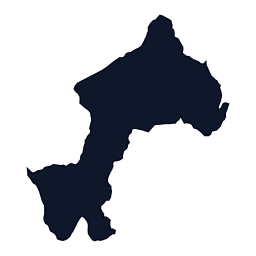 the district of Gália, São Paulo, Brazil
{"feature_id": "56859067B22371947902737", "entity_name": "Gália", "entity_type": "district", "adm_level": 2, "iso_a3": "BRA", "parent_name": "Brazil", "parent_adm1": "São Paulo", "projection": "natural_earth1", "projection_center": [-49.584, -22.325], "detail": "fine", "context": "isolated", "style": "filled", "palette": "ink", "viewbox_px": 256, "rotation_deg": 0, "n_neighbors": 0, "source": "geoboundaries", "source_scale": "gbopen_adm2", "svg_char_len": 3091}
<svg xmlns="http://www.w3.org/2000/svg" viewBox="0 0 256 256"><path d="M44.1,217.5L44.3,220.6L45.7,223.2L48.3,224.9L49.4,227.2L50.6,230.8L53.5,232.4L55.3,233.9L56.8,236.1L57.6,238.7L59.9,239.6L62.8,240.3L65.4,239.5L67.4,238.3L69.8,236.1L71.1,233.2L72.5,231.4L74.3,227.9L75.8,224.8L77.0,222.2L78.3,220.2L79.6,217.9L82.0,215.7L84.8,217.8L87.8,221.9L88.6,225.4L88.3,230.6L88.6,233.6L90.9,237.4L92.6,239.7L94.9,240.6L97.5,239.6L100.4,240.2L103.5,239.3L106.6,238.2L108.3,236.6L110.4,235.0L112.4,233.6L114.5,233.5L115.2,230.7L113.2,229.3L110.7,229.1L109.7,226.1L109.5,222.7L110.1,220.3L108.6,218.9L106.2,217.3L103.3,216.9L103.5,214.1L101.7,211.6L100.5,208.9L100.4,205.9L102.3,204.3L104.3,202.2L106.2,199.9L108.7,200.1L110.3,197.3L110.8,194.1L111.3,191.3L110.8,188.9L110.7,186.5L108.7,184.2L107.3,181.9L107.3,178.8L108.3,175.9L110.0,172.0L111.5,169.5L112.9,165.9L112.3,163.5L113.5,161.1L115.7,160.7L119.5,159.9L122.4,158.0L122.3,155.4L123.5,150.7L125.8,149.0L127.1,147.3L127.3,144.8L129.2,142.5L127.5,138.9L128.3,135.1L131.1,132.3L131.9,128.5L135.9,128.2L137.9,128.8L141.2,129.4L143.7,130.1L145.5,130.8L148.2,131.6L154.5,124.5L156.9,124.2L161.7,123.9L165.1,123.4L169.0,123.5L172.0,123.1L175.4,122.9L176.7,120.8L178.4,119.8L180.8,116.1L184.4,122.9L186.8,122.5L190.6,123.2L192.4,124.8L193.9,127.7L197.3,128.8L201.0,131.7L204.8,135.5L208.5,135.5L210.5,134.1L211.5,131.0L213.5,130.5L216.4,129.9L218.6,127.7L220.1,126.0L221.3,123.1L222.5,120.6L224.1,119.5L225.4,116.5L225.2,113.2L226.1,111.0L227.2,107.8L228.5,103.9L225.4,103.0L223.2,103.9L221.1,108.4L217.8,110.0L218.2,106.2L219.8,102.4L220.9,98.1L221.3,95.6L220.7,91.6L219.4,87.7L220.0,85.2L218.0,83.5L216.9,81.1L215.1,79.9L213.0,77.9L211.0,76.0L209.5,72.9L208.1,69.8L207.2,67.7L206.0,65.4L205.8,61.8L203.6,64.3L200.6,63.8L198.1,61.7L195.9,60.9L193.1,59.8L190.6,58.1L188.9,56.6L186.9,56.7L184.3,54.9L182.0,53.2L182.7,49.8L182.5,46.9L181.2,44.6L179.7,42.2L177.9,38.8L173.9,37.2L174.0,33.0L173.4,30.0L171.5,28.3L171.9,25.2L170.7,20.9L168.1,19.2L165.3,17.7L162.6,16.2L159.9,15.4L158.1,17.5L156.0,20.0L153.4,20.8L150.9,23.3L148.5,27.3L148.6,31.1L147.5,33.6L146.6,36.8L145.4,38.8L144.5,41.1L143.4,43.1L141.7,46.1L138.9,48.3L136.5,49.3L133.4,51.0L130.8,52.8L128.0,53.0L126.1,54.1L124.8,56.5L122.8,58.0L119.6,57.9L114.4,61.5L106.1,68.0L102.4,70.5L100.2,71.6L94.4,74.7L90.3,76.7L77.7,83.3L75.3,86.2L74.3,89.1L76.4,91.8L78.3,93.3L80.2,96.7L80.3,100.4L80.1,103.1L81.7,104.4L84.4,107.0L86.5,108.4L88.9,110.3L90.9,112.8L91.1,115.5L91.8,118.3L91.9,120.6L90.9,124.2L89.9,128.3L91.1,131.4L90.3,133.5L87.6,136.5L86.8,138.6L85.4,140.3L85.5,143.0L84.3,146.2L83.5,150.6L83.1,153.0L81.1,155.8L80.6,159.7L77.8,163.7L75.5,165.1L73.1,164.3L70.8,163.8L68.5,165.1L66.0,166.8L63.7,165.3L61.0,165.8L57.5,165.3L53.4,164.7L50.3,166.5L46.6,167.1L44.7,167.7L43.0,169.9L39.9,170.6L37.6,171.0L34.4,173.0L31.9,172.9L30.1,171.2L27.5,168.7L27.9,172.0L28.1,175.4L29.9,177.4L31.1,179.1L32.5,181.4L33.7,183.0L36.2,184.4L38.2,187.9L39.7,191.5L40.8,195.1L41.8,198.4L42.5,200.7L43.5,203.0L44.8,205.4L44.9,209.1L44.9,214.2L44.1,217.5Z" fill="#0f172a" stroke="#020617" stroke-width="1.5"/></svg>